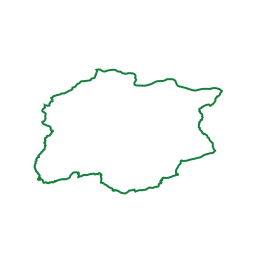 Filadelfia, Caldas, Colombia (Equal Earth projection), rotated 76°
{"feature_id": "7082276B92854280853001", "entity_name": "Filadelfia", "entity_type": "district", "adm_level": 2, "iso_a3": "COL", "parent_name": "Colombia", "parent_adm1": "Caldas", "projection": "equal_earth", "projection_center": [-75.566, 5.29], "detail": "fine", "context": "isolated", "style": "outline", "palette": "green", "viewbox_px": 256, "rotation_deg": 76, "n_neighbors": 0, "source": "geoboundaries", "source_scale": "gbopen_adm2", "svg_char_len": 5878}
<svg xmlns="http://www.w3.org/2000/svg" viewBox="0 0 256 256"><g transform="rotate(76 128 128)"><path d="M172.4,84.2L173.5,81.9L173.6,80.4L173.9,79.6L174.0,78.7L173.7,76.6L173.9,71.5L173.9,64.8L173.6,63.2L172.7,61.2L172.6,60.4L172.4,56.0L172.6,51.2L171.1,48.9L169.8,49.7L167.1,50.2L165.9,50.1L164.2,49.6L162.9,49.5L162.4,50.1L159.7,51.6L157.3,52.0L156.4,53.0L154.8,53.0L154.0,53.4L152.6,54.7L152.3,55.1L152.3,55.9L151.5,56.1L150.9,57.1L149.4,57.1L146.7,58.7L146.0,58.6L145.5,58.2L144.5,59.1L143.8,59.0L142.2,58.3L141.6,58.3L141.2,57.8L140.8,57.8L140.4,57.4L139.8,57.6L139.6,57.3L138.9,56.0L138.3,55.8L137.9,55.6L137.9,55.2L138.0,54.6L137.9,54.2L136.6,53.8L135.8,53.0L134.8,53.3L133.8,52.9L132.9,52.8L132.2,53.2L131.8,53.3L130.8,54.2L129.9,54.0L129.3,54.7L129.0,54.8L128.4,54.2L127.3,54.4L126.7,54.1L126.3,52.1L126.1,51.5L125.6,51.3L125.5,50.2L124.9,48.5L124.6,46.3L124.8,43.7L125.2,43.4L126.2,43.0L126.4,42.9L126.4,42.6L126.1,41.6L125.7,41.1L125.3,39.8L124.3,38.3L122.6,36.5L121.0,36.2L120.5,35.9L119.7,34.2L119.0,34.2L118.8,32.4L118.4,31.3L116.5,30.1L115.7,28.7L115.1,28.0L114.8,27.9L113.9,28.8L112.4,29.8L110.6,33.1L110.0,35.0L109.8,36.5L110.0,38.3L109.8,39.7L109.3,41.1L108.3,45.3L108.0,46.9L108.0,53.6L106.9,56.2L104.1,60.9L103.4,61.6L101.9,64.7L100.8,66.4L100.1,68.1L99.2,69.3L98.3,69.8L97.2,70.2L93.5,70.7L92.7,71.4L91.9,72.3L91.5,73.0L91.0,74.4L90.1,78.7L90.7,80.3L90.8,81.3L90.7,83.2L89.8,87.7L89.7,89.0L90.2,91.7L90.9,94.4L91.2,98.5L91.0,101.6L88.9,109.0L88.2,110.5L87.5,111.1L86.6,111.2L85.0,110.3L83.8,108.8L83.0,108.5L81.0,109.0L79.9,108.2L79.0,108.1L77.7,108.4L76.9,109.0L75.9,110.9L75.3,112.7L74.9,114.4L74.9,116.9L73.8,119.4L73.4,120.2L73.0,120.6L71.8,121.3L71.5,121.6L71.1,123.3L70.4,124.6L69.7,125.2L68.6,126.2L68.1,127.3L67.6,130.1L67.3,134.0L67.6,136.3L67.4,137.5L66.8,138.8L64.6,140.9L64.3,141.6L64.0,143.1L63.9,144.5L64.6,144.3L65.4,144.4L67.1,145.4L68.0,146.2L68.6,146.2L69.5,147.2L70.5,147.6L71.1,148.3L71.4,149.3L71.2,150.5L71.2,151.1L71.7,152.1L72.2,152.2L72.5,152.7L72.5,154.5L72.0,158.4L72.0,159.2L71.5,161.0L71.5,162.5L72.7,164.3L73.3,167.0L74.4,168.2L75.4,169.8L75.5,170.2L75.3,171.7L75.5,172.1L75.9,172.5L76.8,172.5L77.1,173.0L77.4,173.7L77.6,175.7L79.0,181.4L78.6,183.3L78.5,184.5L78.9,185.4L79.0,186.5L78.9,188.7L79.2,192.7L80.0,193.9L80.2,195.3L80.5,195.3L81.2,194.8L82.2,194.4L83.7,194.7L83.9,195.0L83.6,196.2L83.7,196.7L84.1,197.1L84.9,197.6L85.5,198.4L87.2,198.8L87.0,200.5L86.7,201.0L86.0,202.9L85.7,203.2L86.1,203.2L87.0,203.8L88.2,203.7L89.2,206.2L90.3,207.0L91.0,206.9L91.5,206.6L93.4,204.8L94.3,204.4L95.1,204.7L96.1,205.4L98.8,205.7L100.0,206.5L101.1,207.7L101.5,209.8L101.9,209.8L102.3,209.6L103.4,209.3L104.1,208.7L104.9,207.2L105.9,206.3L106.8,204.5L108.1,203.2L108.8,202.9L110.4,203.3L111.4,203.3L111.9,202.9L112.2,202.4L112.2,201.7L112.4,201.6L112.9,201.6L113.1,201.7L113.9,203.4L114.8,203.6L115.5,205.1L116.0,205.4L116.3,205.8L116.4,206.3L116.4,206.9L116.1,208.1L116.1,208.4L116.3,208.8L117.3,209.0L117.7,210.0L117.9,211.0L118.2,211.2L119.2,211.3L120.3,211.1L120.9,212.1L121.1,212.1L121.3,211.7L121.6,211.7L122.2,212.8L122.6,212.9L122.9,212.8L123.4,212.2L124.5,212.4L125.2,212.2L125.5,212.9L128.7,214.2L128.9,215.5L130.2,216.7L130.3,217.6L131.4,218.4L131.8,219.7L132.6,220.6L133.1,221.6L134.0,221.7L134.3,221.5L134.6,221.5L134.5,222.5L135.3,223.8L135.8,224.1L136.3,224.7L137.3,224.5L138.1,225.1L138.1,225.6L138.2,225.8L139.9,226.1L140.4,226.6L140.6,227.1L141.4,227.4L142.1,227.3L142.4,227.6L143.0,228.1L143.9,228.1L144.8,227.7L145.6,228.0L146.6,227.6L147.6,227.7L148.6,227.1L148.9,226.6L149.5,226.4L150.3,226.6L151.3,225.7L153.0,225.2L153.6,225.6L154.1,226.3L154.3,226.3L155.2,225.1L155.7,225.2L155.9,226.2L155.8,226.5L155.3,226.7L155.3,227.3L155.7,227.7L156.3,227.7L156.7,227.2L157.0,224.5L157.6,223.6L158.3,223.3L159.4,223.4L160.7,223.2L160.9,222.1L160.7,221.4L160.9,220.4L161.5,220.1L161.7,219.8L161.9,219.2L162.3,218.8L162.2,217.7L161.8,217.3L161.8,216.8L162.2,216.1L162.0,215.3L162.1,214.6L162.6,214.1L162.7,213.7L162.3,212.6L161.9,212.2L162.2,211.9L162.0,211.2L162.4,211.0L162.3,210.7L161.9,210.6L161.8,207.5L161.6,206.3L161.8,205.3L161.7,204.2L162.2,203.3L162.0,202.7L162.4,202.3L162.3,201.8L162.7,200.6L162.4,198.3L161.8,196.3L161.0,195.8L160.4,195.6L159.9,195.0L159.0,193.4L158.4,192.7L158.1,192.0L158.0,191.0L158.3,189.5L159.2,186.8L159.9,186.6L160.2,187.5L160.5,187.7L161.7,187.0L162.1,187.0L162.9,187.8L163.6,188.1L163.3,184.0L162.7,182.5L163.1,181.7L163.8,178.8L163.5,175.2L163.8,174.9L163.9,174.5L163.9,172.7L164.4,171.6L165.0,171.4L165.1,171.2L164.9,169.7L165.1,168.9L165.5,168.0L164.8,167.1L164.8,166.7L165.7,165.7L166.0,165.8L166.4,165.7L166.8,165.3L167.2,165.1L167.4,165.3L167.7,166.0L168.7,165.9L169.9,166.2L171.0,166.0L172.4,166.8L173.2,166.8L174.3,167.5L174.5,167.5L174.7,166.8L175.4,165.5L177.6,163.7L178.1,162.8L178.6,162.6L179.1,161.8L179.7,161.7L181.1,160.6L181.6,159.7L182.1,159.2L182.7,158.1L183.4,157.8L184.6,158.0L185.0,157.9L185.4,157.2L184.8,156.8L184.8,156.5L185.1,156.1L185.1,155.6L185.5,155.4L185.5,154.8L186.1,153.8L186.1,153.3L186.8,152.8L187.6,151.7L188.9,150.8L190.8,147.0L190.8,146.4L190.2,144.0L189.5,142.8L188.9,142.1L189.3,140.3L189.4,136.7L189.9,136.8L191.5,136.3L191.3,134.5L191.1,133.4L191.1,132.5L191.2,130.9L191.6,130.4L191.8,129.4L192.1,126.0L191.7,124.2L190.9,121.7L191.7,119.8L192.1,118.7L192.1,117.8L191.7,116.0L192.0,114.6L192.1,112.6L191.4,112.1L190.0,111.8L189.7,110.9L189.7,109.9L189.2,108.7L188.8,108.8L188.7,109.0L188.6,109.8L188.3,109.8L187.7,109.4L186.8,109.0L186.6,108.7L186.6,108.4L186.9,107.8L186.9,107.4L186.0,107.0L185.3,107.1L185.0,106.9L184.8,105.7L185.4,104.3L185.9,102.2L186.1,100.6L185.9,99.3L185.9,97.5L185.4,95.9L185.5,94.1L184.9,91.6L184.9,91.0L185.2,91.0L185.6,91.3L185.7,91.2L185.2,90.7L184.7,90.9L184.4,91.2L184.1,92.4L180.6,91.6L177.1,88.3L176.3,87.4L175.3,85.6L174.6,85.3L173.0,84.9L172.4,84.2Z" fill="none" stroke="#15803d" stroke-width="2"/></g></svg>